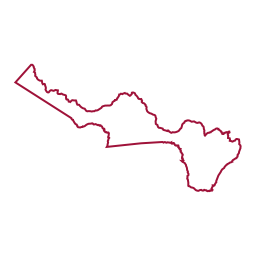 the district of Teruel, Huila, Colombia
{"feature_id": "7082276B17617494286143", "entity_name": "Teruel", "entity_type": "district", "adm_level": 2, "iso_a3": "COL", "parent_name": "Colombia", "parent_adm1": "Huila", "projection": "orthographic", "projection_center": [-75.687, 2.832], "detail": "fine", "context": "isolated", "style": "outline", "palette": "rose", "viewbox_px": 256, "rotation_deg": 0, "n_neighbors": 0, "source": "geoboundaries", "source_scale": "gbopen_adm2", "svg_char_len": 5889}
<svg xmlns="http://www.w3.org/2000/svg" viewBox="0 0 256 256"><path d="M200.1,190.0L201.3,189.9L202.2,190.5L203.2,190.6L203.8,190.3L204.1,189.9L204.5,189.9L205.2,190.3L206.0,190.2L206.7,190.5L206.9,190.9L207.3,191.1L207.9,191.2L208.9,190.8L209.5,191.1L209.9,191.0L210.1,190.5L211.9,190.6L212.0,190.1L212.5,189.9L212.5,189.7L212.0,189.2L211.5,189.1L211.4,188.9L212.5,186.7L212.9,186.3L212.7,185.3L213.4,185.3L213.9,185.3L214.1,185.6L214.5,185.4L215.3,183.4L216.3,182.3L216.2,181.2L218.4,175.5L220.7,172.0L221.3,170.7L222.2,169.4L224.2,167.9L224.6,166.9L226.1,165.2L226.9,164.7L227.4,164.0L228.4,163.7L229.9,162.6L231.6,162.1L232.0,161.6L232.3,161.6L232.2,161.0L232.8,160.2L235.6,158.4L236.4,158.2L236.5,157.7L237.5,156.7L237.7,155.6L237.5,155.1L238.9,153.1L239.1,151.7L240.5,148.0L240.4,147.2L240.6,146.5L240.4,145.4L239.2,144.1L239.4,142.3L239.0,139.5L237.1,139.0L236.5,139.0L235.7,139.5L235.0,140.6L233.8,140.9L232.6,141.6L232.0,141.5L231.7,141.2L229.8,140.8L230.0,139.6L229.7,138.3L228.0,138.0L228.0,137.7L228.2,135.4L227.8,134.8L227.8,133.9L228.1,133.6L228.1,133.0L228.3,132.8L229.2,132.7L229.5,132.5L229.3,131.6L228.6,131.7L228.3,132.1L227.5,132.4L226.9,132.1L226.6,132.3L226.1,132.3L225.8,132.6L225.4,132.5L224.9,132.9L224.2,132.9L224.0,133.5L223.5,133.5L223.3,134.0L222.7,134.0L222.3,133.8L222.5,133.4L222.2,133.2L221.9,132.6L221.5,132.5L221.3,132.1L221.5,131.8L221.3,131.5L221.0,131.5L220.4,130.7L219.6,130.3L219.2,129.8L218.5,129.6L218.4,128.9L217.9,129.0L217.1,128.4L216.7,128.5L215.9,128.7L214.8,129.6L214.1,129.8L212.9,130.5L212.4,131.0L211.3,131.5L210.7,132.3L209.5,132.4L209.3,132.7L207.8,132.9L207.5,133.2L206.9,133.5L205.0,135.6L204.7,135.3L204.7,134.5L204.3,133.7L204.4,132.6L204.2,131.8L204.4,130.4L203.9,129.1L203.6,126.9L203.3,126.4L202.4,125.7L201.7,124.1L200.5,122.9L199.6,122.5L199.1,122.4L197.6,122.9L196.3,122.7L194.1,121.4L191.6,121.7L189.8,120.7L188.8,120.4L187.1,120.4L186.5,120.9L185.7,120.9L184.7,121.5L184.4,122.6L183.1,123.5L182.3,124.4L181.7,126.9L181.2,128.2L180.4,128.7L178.8,130.8L177.6,131.5L175.6,132.2L174.1,132.4L172.6,132.2L171.5,132.8L171.0,132.7L169.1,131.5L168.5,130.6L168.0,130.4L167.8,130.5L167.6,131.0L167.3,131.1L166.1,130.6L163.8,130.0L163.2,129.7L162.7,128.6L160.3,127.9L159.0,127.8L158.2,127.2L157.7,126.1L157.5,125.1L155.8,123.9L155.6,121.2L156.3,118.7L155.7,117.3L155.4,115.8L155.2,115.5L154.6,115.0L153.0,114.6L151.5,113.7L149.5,113.1L147.8,111.9L147.2,111.2L146.4,109.0L146.4,108.4L146.6,107.5L146.4,106.5L145.8,106.1L145.5,105.6L145.6,104.9L144.2,103.4L142.6,102.9L141.7,101.9L142.1,100.9L141.4,99.3L141.2,99.0L140.2,99.2L139.7,98.9L138.8,98.9L138.5,98.7L138.1,98.2L137.8,97.4L137.1,96.4L136.1,95.3L135.5,94.9L134.9,93.3L133.6,92.6L132.8,92.5L131.9,92.7L131.8,93.0L131.9,93.7L131.7,94.1L130.3,95.6L129.8,95.8L128.0,94.5L127.3,93.7L125.4,93.5L125.0,93.3L124.8,93.0L122.9,93.7L122.5,94.1L120.9,93.7L119.9,94.5L119.2,94.5L118.7,96.4L117.8,97.5L117.5,98.2L117.1,98.4L116.9,99.2L116.6,99.8L114.9,100.0L114.6,100.9L113.9,101.1L112.5,102.2L112.0,104.0L110.7,105.2L109.8,105.5L105.1,105.6L102.5,106.4L102.1,106.7L101.4,107.8L97.9,110.1L96.8,110.5L95.6,110.4L94.4,111.2L93.1,111.2L91.8,111.5L90.3,111.2L88.6,111.1L87.2,111.3L86.1,110.7L84.7,108.7L83.1,108.3L81.5,107.4L80.2,106.2L79.1,104.8L77.4,104.7L76.9,103.8L76.2,101.0L75.9,100.4L74.6,100.5L72.3,100.2L71.7,100.5L70.2,102.0L69.6,101.6L68.7,101.6L68.3,100.2L67.8,99.5L67.3,99.4L66.6,99.5L66.3,99.2L66.0,97.9L66.1,96.2L65.8,95.4L65.1,95.1L62.7,94.4L61.7,93.7L61.2,93.6L60.2,94.1L58.1,93.9L57.9,93.6L57.5,93.1L57.9,90.4L55.4,90.0L53.8,90.8L53.3,90.8L51.5,90.2L50.7,90.3L49.7,91.0L49.2,91.8L48.6,92.4L47.8,92.4L47.0,92.0L46.4,91.2L45.5,89.6L45.9,88.0L45.5,86.3L45.2,85.9L45.0,84.7L44.7,84.0L44.2,83.9L42.9,84.3L42.3,83.3L41.8,80.7L40.4,80.7L39.5,80.5L37.8,79.4L37.0,78.4L36.9,77.5L35.2,75.9L35.2,75.4L35.4,74.8L35.1,73.6L35.1,72.8L34.5,72.1L34.0,71.9L34.7,70.6L34.5,69.7L34.7,69.1L33.8,67.6L33.7,66.5L32.6,65.0L32.3,64.8L31.1,64.8L15.4,82.4L71.3,118.1L71.3,118.4L72.0,119.5L73.0,119.8L73.1,120.5L73.8,121.4L74.1,122.1L74.8,123.2L75.3,123.6L75.5,124.1L76.7,124.6L77.0,125.4L77.3,125.6L77.3,126.4L78.1,127.2L80.2,127.5L81.4,127.0L82.3,127.0L82.6,126.9L82.8,126.4L83.7,126.5L84.7,126.1L86.5,124.7L88.4,123.8L91.2,123.6L92.1,123.3L93.0,123.7L93.3,124.2L93.9,124.5L95.6,124.1L97.7,125.1L98.3,124.9L99.6,125.7L99.8,125.6L99.7,125.4L99.8,125.2L100.6,125.3L101.1,126.1L102.0,126.5L102.7,128.3L103.1,128.5L103.9,128.6L104.3,128.9L104.5,130.0L103.9,130.3L104.0,130.7L105.4,132.2L106.4,132.1L106.6,132.5L107.3,132.7L107.5,132.5L108.4,132.5L108.9,133.3L108.6,135.8L108.2,136.7L108.2,137.4L109.2,137.8L109.2,138.0L108.8,138.3L108.3,139.5L108.3,140.1L107.9,140.7L107.8,141.4L108.1,142.5L107.6,144.3L107.5,145.4L107.6,145.9L107.0,146.5L106.8,146.9L141.0,143.3L162.4,142.0L163.6,142.6L164.3,142.1L165.0,142.1L165.5,142.3L166.2,142.7L166.6,142.7L167.3,142.3L168.1,142.5L168.9,142.4L169.6,142.7L170.4,142.8L171.0,142.5L170.9,142.9L171.7,143.6L172.3,143.6L172.4,143.2L173.1,143.3L173.3,143.0L173.6,143.0L173.8,143.5L174.2,143.5L175.1,145.2L175.5,145.4L176.2,145.7L176.9,145.3L177.5,145.6L178.3,145.5L178.5,146.1L178.4,146.6L178.2,146.9L178.2,147.2L178.5,147.5L178.9,147.5L179.2,148.5L179.4,148.8L179.9,148.7L180.5,148.9L180.1,149.6L180.7,150.3L180.5,150.5L180.6,151.6L180.9,151.7L181.0,152.1L181.6,152.6L181.7,153.5L182.4,154.0L182.8,154.9L182.3,155.9L182.0,157.5L182.1,157.9L182.4,158.1L182.1,158.7L182.3,158.8L182.8,158.8L182.9,159.4L182.7,159.7L182.8,160.1L183.3,160.4L183.0,160.7L183.0,160.9L182.5,161.3L181.9,161.2L182.5,161.8L184.6,162.9L186.0,165.0L186.1,166.0L186.6,167.0L186.9,167.9L187.2,170.2L187.9,171.5L187.9,171.9L187.7,172.5L188.5,173.9L188.4,175.2L187.4,176.0L187.5,177.4L187.2,178.3L187.3,178.9L187.8,179.3L188.3,182.5L188.3,185.7L188.5,186.1L189.5,186.2L191.1,187.4L192.4,187.6L193.6,188.0L195.8,190.1L197.3,190.7L198.5,190.8L200.1,190.0Z" fill="none" stroke="#9f1239" stroke-width="2"/></svg>